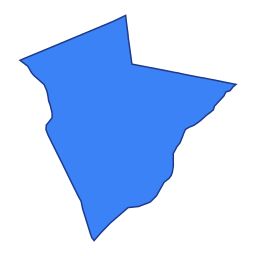 Jatobá, Pernambuco, Brazil (Mercator projection)
{"feature_id": "56859067B30515862581919", "entity_name": "Jatobá", "entity_type": "district", "adm_level": 2, "iso_a3": "BRA", "parent_name": "Brazil", "parent_adm1": "Pernambuco", "projection": "mercator", "projection_center": [-38.199, -9.217], "detail": "fine", "context": "isolated", "style": "filled", "palette": "blue", "viewbox_px": 256, "rotation_deg": 0, "n_neighbors": 0, "source": "geoboundaries", "source_scale": "gbopen_adm2", "svg_char_len": 1019}
<svg xmlns="http://www.w3.org/2000/svg" viewBox="0 0 256 256"><path d="M236.0,84.4L223.9,82.0L203.3,77.9L200.4,77.5L184.1,74.3L177.4,72.8L174.0,72.3L170.8,71.6L131.9,64.1L128.9,42.2L128.3,38.3L127.9,33.7L126.4,22.2L125.6,15.4L113.1,21.4L76.8,36.6L46.3,49.3L26.0,57.7L20.0,60.3L27.9,66.3L31.4,72.5L34.0,75.6L44.2,84.6L46.8,90.8L47.5,93.7L48.1,96.9L48.7,101.0L50.3,105.4L52.1,113.1L52.1,117.7L48.1,122.9L46.3,125.0L46.0,129.7L48.1,135.1L59.4,157.9L61.8,162.6L72.3,184.1L74.1,187.7L78.5,196.6L81.1,201.2L82.6,208.6L84.1,213.4L90.6,234.3L91.8,237.6L94.1,240.6L101.3,232.3L110.3,223.0L128.1,207.6L138.6,206.5L150.1,202.1L153.0,199.3L156.4,195.9L164.1,182.2L169.0,178.4L171.2,175.5L172.3,172.3L173.3,166.2L173.3,160.6L173.3,153.4L175.4,149.6L177.0,146.6L180.0,142.8L182.3,137.2L183.8,133.1L185.4,129.5L188.9,127.3L193.9,125.3L197.8,122.6L200.6,120.5L203.7,117.7L206.6,115.1L210.4,112.3L213.4,109.8L214.4,106.2L223.8,96.1L225.9,91.9L229.9,90.8L233.2,86.7L236.0,84.4Z" fill="#3b82f6" stroke="#1e3a8a" stroke-width="1.5"/></svg>